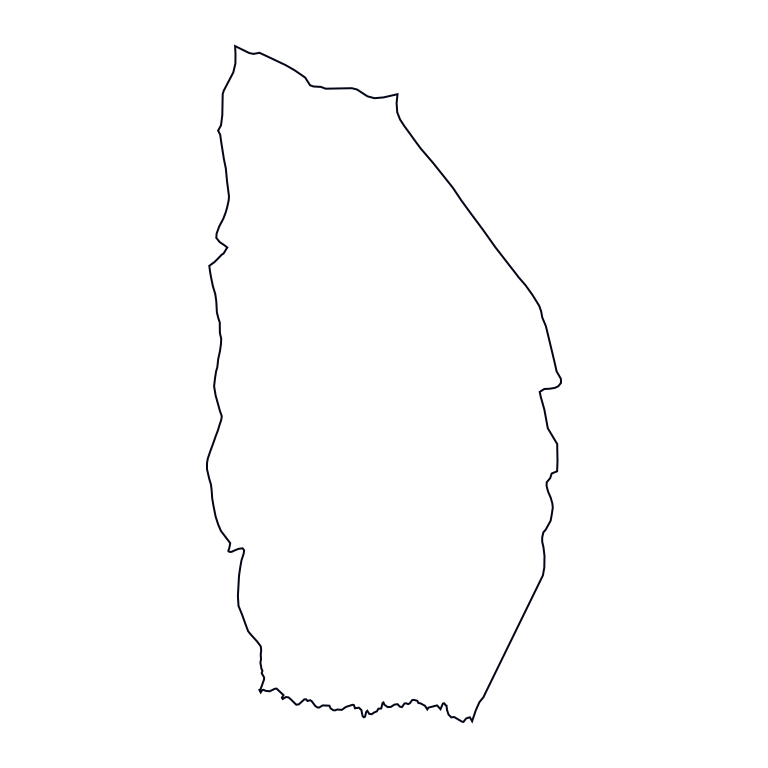 Lodja, Kasaï-Oriental, Democratic Republic of the Congo (Equal Earth projection)
{"feature_id": "63176286B24830189223330", "entity_name": "Lodja", "entity_type": "district", "adm_level": 2, "iso_a3": "COD", "parent_name": "Democratic Republic of the Congo", "parent_adm1": "Kasaï-Oriental", "projection": "equal_earth", "projection_center": [23.394, -3.517], "detail": "fine", "context": "isolated", "style": "outline", "palette": "ink", "viewbox_px": 768, "rotation_deg": 0, "n_neighbors": 0, "source": "geoboundaries", "source_scale": "gbopen_adm2", "svg_char_len": 4170}
<svg xmlns="http://www.w3.org/2000/svg" viewBox="0 0 768 768"><path d="M397.5,94.2L383.6,97.4L374.5,98.2L367.4,96.3L357.0,89.5L351.9,88.2L325.7,88.7L320.9,86.9L313.6,86.5L310.1,85.3L305.2,77.6L294.5,70.2L285.2,64.9L277.3,61.2L266.6,56.1L259.5,52.8L253.5,53.9L249.1,53.0L235.1,46.1L235.5,53.9L235.4,63.5L233.3,72.4L223.8,90.6L222.7,94.1L222.3,115.3L221.0,125.4L218.1,130.6L220.2,134.7L221.1,141.3L222.6,150.8L223.9,159.1L225.8,168.3L227.1,181.8L229.0,196.4L228.7,200.2L227.3,206.8L225.8,212.1L223.4,218.5L219.2,226.5L216.6,233.6L216.3,237.9L219.7,242.1L224.3,245.2L227.3,247.5L226.5,248.7L223.6,253.5L221.8,254.6L216.2,260.4L215.8,260.7L214.8,261.8L209.3,265.8L209.6,268.2L210.3,273.2L211.3,278.6L212.9,286.2L215.3,294.2L216.3,301.5L216.9,312.4L218.3,318.1L219.8,322.6L219.8,327.5L219.9,331.7L219.9,333.2L220.0,333.5L221.2,338.6L221.0,343.8L220.0,350.9L218.2,359.2L217.3,367.3L216.1,371.3L215.0,378.4L214.1,386.2L215.6,395.4L220.0,411.2L221.8,416.2L221.2,420.0L219.4,425.4L217.9,430.4L215.4,437.0L213.7,442.0L210.2,451.5L207.8,458.6L207.0,463.1L207.0,469.2L209.2,478.7L210.9,484.3L211.6,489.8L212.2,498.3L213.4,505.4L215.6,516.5L218.1,524.3L220.9,530.9L225.7,537.2L230.2,543.1L229.4,547.7L228.3,550.9L228.4,551.0L229.4,551.9L231.5,551.9L234.7,550.4L238.7,548.8L242.6,548.3L244.1,550.2L243.7,553.5L241.5,560.3L240.3,567.0L239.0,575.9L237.9,596.0L238.5,605.9L242.1,614.7L244.7,622.0L248.1,631.2L251.2,635.0L257.4,641.8L260.7,646.3L260.8,646.5L261.2,650.4L261.1,651.1L260.7,654.7L260.9,657.0L261.0,659.2L260.9,659.8L260.9,660.0L260.4,662.6L261.1,666.7L261.2,667.2L261.4,668.7L261.7,669.3L261.8,669.4L262.4,670.8L261.7,673.2L262.9,675.3L263.2,675.8L264.1,677.5L264.1,679.3L263.5,681.1L263.3,681.5L262.1,685.0L260.4,689.5L259.4,689.9L260.7,692.4L261.4,691.3L262.3,690.2L263.5,689.8L265.5,690.8L269.6,691.3L274.8,688.8L276.6,688.6L276.9,688.9L283.5,695.1L281.9,697.8L282.7,699.0L286.0,697.0L288.5,697.4L291.1,699.6L294.8,703.3L296.3,704.7L298.9,704.3L304.4,699.3L306.1,699.3L307.5,701.0L310.2,700.2L311.7,701.2L314.3,704.7L314.4,704.8L315.5,706.2L317.9,707.6L318.6,707.5L319.2,707.5L322.7,705.4L329.4,705.7L329.5,706.0L330.6,708.4L333.3,710.2L333.5,710.2L334.9,710.4L337.3,709.5L341.7,709.9L343.9,708.4L344.1,708.2L346.0,706.9L352.5,704.8L352.8,704.8L353.9,705.1L355.0,708.3L358.8,707.7L360.0,708.7L360.1,708.9L361.4,710.0L362.0,713.3L362.1,713.7L362.6,716.0L362.8,716.3L363.8,717.3L365.1,716.6L366.1,712.1L367.3,710.8L369.3,713.9L371.7,714.2L374.1,712.5L376.9,711.3L378.4,708.7L380.6,708.6L381.2,708.5L382.6,703.0L383.2,702.5L383.4,702.4L383.8,703.2L383.8,703.3L384.5,704.8L386.3,706.1L387.8,707.1L389.0,707.0L390.9,706.9L394.4,704.6L397.6,704.2L399.8,706.6L400.6,706.8L402.0,707.1L404.4,703.5L406.1,703.3L407.4,703.8L408.1,704.1L409.6,703.4L409.8,703.3L410.3,702.7L411.0,701.7L412.0,700.3L412.1,700.2L412.3,700.0L412.7,700.0L413.9,699.9L417.3,700.8L418.4,703.0L418.5,703.1L420.5,703.3L421.3,703.8L421.7,704.0L425.0,705.8L426.4,708.0L426.6,708.3L427.3,709.4L427.5,709.1L427.6,708.9L428.5,707.6L433.6,706.3L437.0,705.4L438.2,706.6L438.3,706.8L440.5,709.2L441.5,706.8L441.7,706.3L443.0,703.5L444.2,703.3L445.1,704.5L445.7,705.4L446.5,705.6L446.5,705.9L446.6,706.4L447.0,709.9L448.5,714.5L451.3,717.4L454.1,717.0L462.3,721.8L462.7,721.8L463.5,721.9L464.1,721.1L464.3,720.8L466.2,718.4L469.8,717.3L471.2,719.6L472.1,721.2L475.8,710.3L479.4,702.2L483.6,697.0L484.8,694.3L542.9,575.4L544.3,567.7L544.5,556.0L543.5,547.5L542.2,541.7L542.2,537.4L543.4,532.3L545.2,530.3L545.8,529.5L550.6,520.8L551.8,514.3L552.8,507.5L552.3,503.2L550.8,498.0L548.0,491.4L546.6,485.9L546.7,482.3L550.2,478.1L551.7,473.5L557.1,471.3L557.5,461.3L557.3,450.5L557.2,444.0L547.8,428.3L546.9,423.4L544.4,409.8L541.8,400.5L540.8,397.1L539.7,391.9L544.3,389.0L549.9,388.7L554.8,387.9L558.2,386.3L561.0,382.9L560.9,378.8L556.6,371.4L554.8,363.3L552.2,352.3L545.9,326.2L542.3,317.6L541.1,311.2L539.2,305.8L532.1,294.4L525.4,285.1L518.2,276.8L517.6,275.9L495.4,247.3L483.2,230.1L471.0,213.7L461.3,200.4L457.5,194.7L452.8,187.7L433.3,163.2L420.7,148.5L414.5,140.1L410.5,134.5L410.4,134.3L409.2,132.7L404.2,125.9L400.0,119.4L397.2,112.2L396.6,103.2L397.5,94.2Z" fill="none" stroke="#020617" stroke-width="2"/></svg>